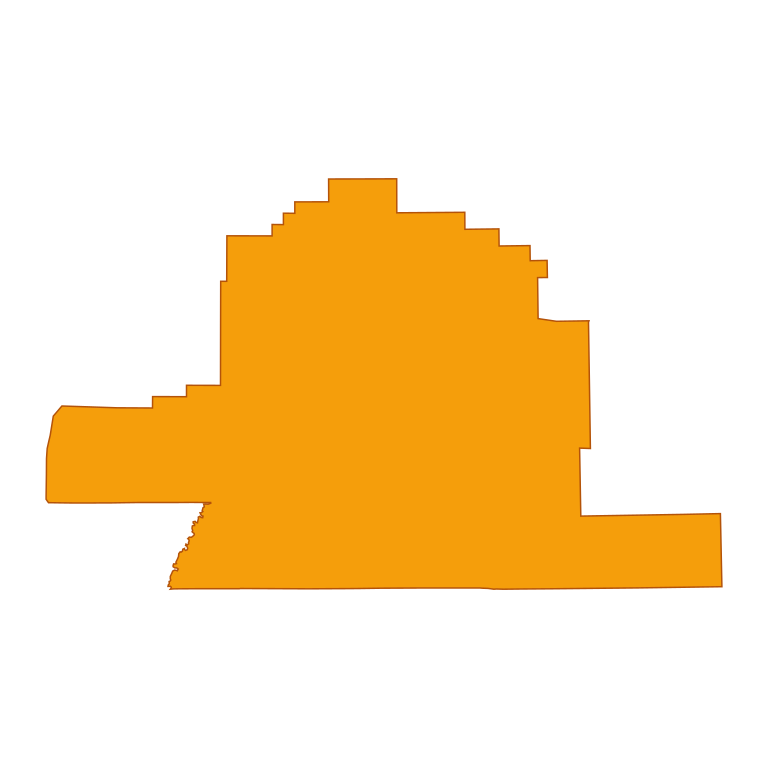 outline of Big Horn, Montana, United States of America
{"feature_id": "52423323B41893825317472", "entity_name": "Big Horn", "entity_type": "district", "adm_level": 2, "iso_a3": "USA", "parent_name": "United States of America", "parent_adm1": "Montana", "projection": "orthographic", "projection_center": [-107.953, 45.519], "detail": "fine", "context": "isolated", "style": "filled", "palette": "amber", "viewbox_px": 768, "rotation_deg": 0, "n_neighbors": 0, "source": "geoboundaries", "source_scale": "gbopen_adm2", "svg_char_len": 2263}
<svg xmlns="http://www.w3.org/2000/svg" viewBox="0 0 768 768"><path d="M716.0,513.7L683.0,514.4L580.8,516.1L579.6,448.1L590.4,448.5L588.5,322.3L589.0,320.8L556.4,321.3L538.1,318.6L537.6,277.6L547.4,277.5L547.1,260.4L530.2,260.7L530.0,245.6L499.1,246.0L498.9,228.9L464.9,229.3L464.8,212.3L396.8,212.8L396.7,178.8L373.0,178.9L328.6,179.0L328.7,201.8L294.8,201.9L294.8,213.3L283.4,213.2L283.4,224.6L272.1,224.5L272.1,235.9L226.9,235.8L226.7,281.3L220.7,281.3L220.6,321.5L220.5,385.4L186.5,385.3L186.5,396.7L152.6,396.6L152.5,408.0L117.0,407.8L62.0,406.0L61.9,406.0L60.2,408.0L53.3,416.1L50.2,435.4L48.8,441.3L47.2,448.4L46.5,458.6L46.4,474.8L46.1,496.4L46.1,499.3L48.5,502.7L50.4,502.7L57.1,502.8L73.4,503.0L87.4,503.0L92.2,503.0L100.4,502.9L111.2,502.9L124.1,502.7L138.4,502.5L150.2,502.5L159.3,502.5L176.2,502.5L191.9,502.4L204.1,502.5L210.7,502.5L210.8,503.2L208.3,504.2L205.8,504.1L203.7,504.2L203.9,504.8L204.3,506.9L203.0,507.7L202.2,510.7L202.8,511.6L200.9,512.9L200.1,512.8L200.5,514.0L201.7,515.7L203.0,516.1L202.7,517.7L201.1,517.5L199.8,516.3L198.3,517.1L198.4,518.6L197.7,521.6L197.5,522.8L195.9,522.3L195.3,521.4L194.1,521.5L193.1,521.9L193.3,523.2L194.5,523.9L194.6,525.5L193.3,525.5L192.3,526.0L192.0,528.3L192.7,530.7L192.1,531.8L193.2,532.8L194.1,533.4L194.3,534.7L193.6,535.6L191.4,537.3L189.3,537.1L187.8,538.7L188.5,539.1L189.2,540.7L188.5,542.5L188.7,543.8L187.2,544.9L186.0,544.1L185.6,545.5L186.8,546.1L187.7,548.1L187.3,549.7L185.6,550.4L184.3,549.3L184.4,548.5L182.8,549.2L182.4,551.2L181.0,552.2L180.2,551.8L178.8,553.6L178.5,556.5L177.4,559.2L175.9,562.2L176.5,563.6L174.9,564.0L173.6,563.9L173.1,565.5L173.1,566.7L174.8,567.9L176.7,567.9L178.2,569.0L177.3,570.8L176.3,570.4L174.5,570.1L172.7,571.1L171.6,573.7L170.3,576.4L170.3,578.9L170.8,580.0L170.0,581.2L169.1,581.5L169.2,582.5L169.3,583.7L168.3,584.9L168.0,586.4L169.1,586.4L170.4,586.3L171.3,587.3L171.0,588.3L170.3,589.2L173.4,588.9L178.9,588.8L198.1,588.7L239.4,588.7L240.3,588.5L264.2,588.6L308.9,588.8L348.3,588.6L348.5,588.6L359.5,588.5L380.7,588.2L419.8,588.0L480.1,588.0L482.5,588.2L488.0,588.4L493.8,589.2L496.6,589.0L503.3,589.2L520.9,589.0L547.2,588.8L548.3,588.8L637.8,587.9L721.9,586.7L720.4,513.6L716.0,513.7Z" fill="#f59e0b" stroke="#b45309" stroke-width="1.5"/></svg>